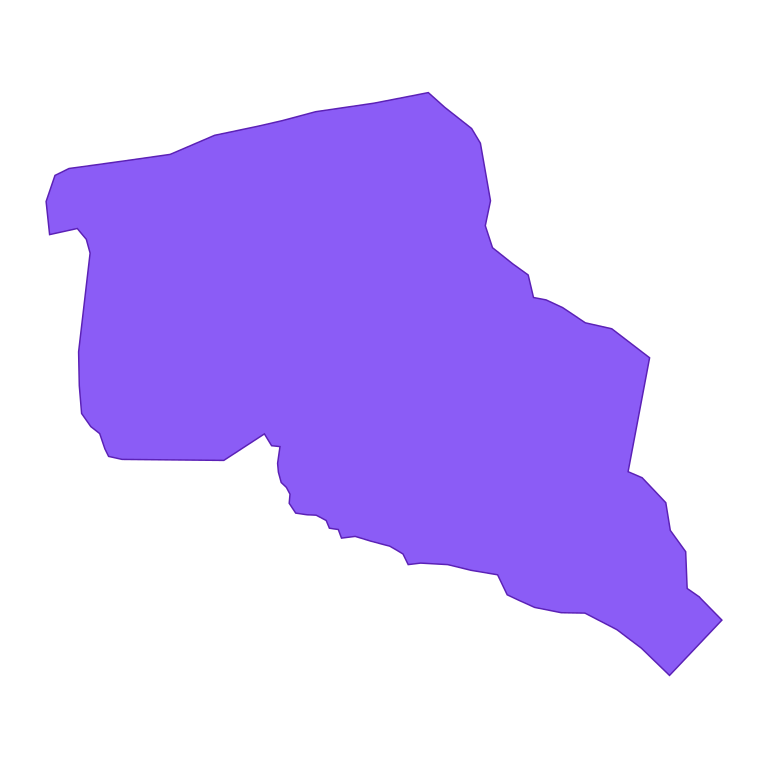 Loug-Chari, Chari-Baguirmi, Chad
{"feature_id": "50815135B30125763845581", "entity_name": "Loug-Chari", "entity_type": "district", "adm_level": 2, "iso_a3": "TCD", "parent_name": "Chad", "parent_adm1": "Chari-Baguirmi", "projection": "orthographic", "projection_center": [16.937, 10.387], "detail": "fine", "context": "isolated", "style": "filled", "palette": "violet", "viewbox_px": 768, "rotation_deg": 0, "n_neighbors": 0, "source": "geoboundaries", "source_scale": "gbopen_adm2", "svg_char_len": 1341}
<svg xmlns="http://www.w3.org/2000/svg" viewBox="0 0 768 768"><path d="M49.6,234.6L77.3,228.5L80.4,232.3L86.3,239.3L90.1,253.1L78.6,351.9L79.3,385.8L81.6,413.5L90.8,426.6L99.7,433.6L104.9,448.9L108.6,456.4L122.1,459.4L223.8,460.4L264.4,433.9L271.6,445.7L280.0,446.6L278.8,454.9L277.6,463.3L278.0,467.8L278.4,472.2L281.2,482.5L286.4,487.4L290.0,494.2L289.2,503.3L295.7,513.1L301.1,513.9L305.0,514.5L307.4,514.8L310.2,514.9L316.2,515.2L326.2,520.5L329.4,528.2L333.9,528.9L338.3,529.5L340.8,536.3L341.5,538.1L355.2,536.4L371.3,541.3L386.0,545.2L389.6,546.1L396.6,550.1L403.0,554.0L408.2,564.6L420.6,563.1L447.7,564.6L471.0,570.3L497.6,574.8L507.2,594.8L519.3,600.5L534.6,607.4L561.2,612.7L584.9,613.1L616.2,629.3L617.1,629.8L628.4,638.4L641.3,648.1L654.1,660.5L669.5,675.4L670.0,674.9L670.4,674.5L721.9,620.1L701.1,598.9L699.0,596.6L698.7,596.5L698.0,596.0L687.2,588.5L687.0,584.9L685.8,554.6L685.7,551.7L670.3,530.4L665.8,502.7L652.3,488.4L642.1,477.7L640.4,477.0L628.1,471.7L649.6,357.8L611.8,328.8L585.3,322.8L562.8,307.7L546.1,299.9L533.5,297.5L528.2,275.0L512.4,263.6L492.5,247.7L485.3,225.7L490.5,200.8L480.4,143.2L471.6,128.5L444.7,107.3L428.3,92.6L373.8,103.2L315.7,111.7L282.0,120.7L257.1,126.4L214.6,135.3L170.1,154.4L115.6,162.1L69.0,168.5L55.0,175.4L46.1,201.5L49.6,234.6Z" fill="#8b5cf6" stroke="#5b21b6" stroke-width="1.5"/></svg>